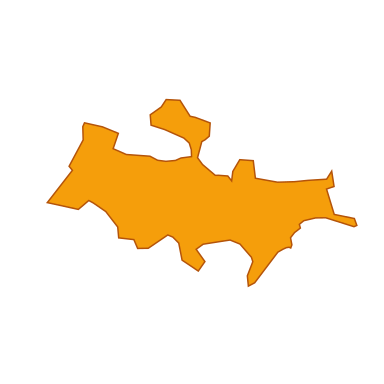 outline of Suffolk, Massachusetts, United States of America, rotated 64°
{"feature_id": "52423323B97000000441045", "entity_name": "Suffolk", "entity_type": "district", "adm_level": 2, "iso_a3": "USA", "parent_name": "United States of America", "parent_adm1": "Massachusetts", "projection": "mercator", "projection_center": [-71.062, 42.336], "detail": "fine", "context": "isolated", "style": "filled", "palette": "amber", "viewbox_px": 384, "rotation_deg": 64, "n_neighbors": 0, "source": "geoboundaries", "source_scale": "gbopen_adm2", "svg_char_len": 1280}
<svg xmlns="http://www.w3.org/2000/svg" viewBox="0 0 384 384"><g transform="rotate(64 192 192)"><path d="M82.7,258.3L85.4,261.5L97.5,267.0L115.0,291.2L120.1,290.0L138.1,326.7L157.8,301.8L154.4,288.5L158.6,285.5L171.9,278.0L172.1,278.0L190.9,274.1L201.1,278.0L209.3,265.1L218.9,265.6L223.4,256.0L220.0,232.6L224.1,229.0L232.1,226.3L248.9,230.8L265.8,221.0L260.2,210.9L245.3,213.4L243.8,204.9L244.8,201.6L250.2,184.1L251.9,178.8L259.8,171.7L274.5,167.8L276.6,167.2L281.3,167.9L291.6,179.0L301.3,182.6L301.1,175.5L283.7,141.2L283.3,135.6L283.4,131.6L284.2,129.0L285.6,127.8L283.3,125.4L276.3,123.5L273.4,117.6L271.9,110.4L268.1,109.7L266.8,104.1L269.5,92.2L273.8,83.1L294.2,61.6L294.3,58.5L287.0,57.7L274.5,74.0L248.3,69.8L249.3,61.9L234.5,57.3L239.5,65.4L232.3,82.9L227.7,95.3L220.7,110.8L207.4,129.0L190.7,123.2L183.9,134.9L191.4,146.3L199.4,151.5L193.3,152.8L188.7,160.7L187.2,163.8L171.9,170.5L163.6,172.0L151.0,161.1L150.8,157.4L149.4,152.0L137.9,145.4L126.3,156.4L123.1,160.5L104.3,162.6L97.6,174.7L102.1,182.3L104.3,195.7L114.0,199.5L123.9,189.2L139.9,175.7L146.8,173.0L153.7,174.1L160.0,176.9L156.6,187.0L156.4,193.0L153.0,202.0L148.4,209.0L141.4,214.1L129.5,234.6L118.5,243.9L107.0,232.5L94.2,243.9L82.7,258.3Z" fill="#f59e0b" stroke="#b45309" stroke-width="1.5"/></g></svg>